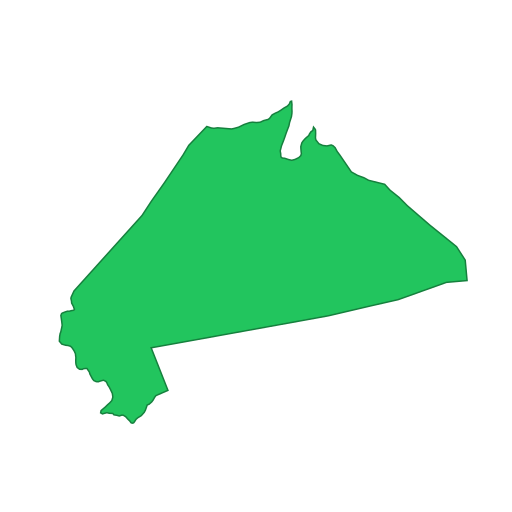 Santa María Lachixío, Oaxaca, Mexico, rotated 352°
{"feature_id": "50627088B6141601826663", "entity_name": "Santa María Lachixío", "entity_type": "district", "adm_level": 2, "iso_a3": "MEX", "parent_name": "Mexico", "parent_adm1": "Oaxaca", "projection": "natural_earth1", "projection_center": [-97.056, 16.737], "detail": "fine", "context": "isolated", "style": "filled", "palette": "green", "viewbox_px": 512, "rotation_deg": 352, "n_neighbors": 0, "source": "geoboundaries", "source_scale": "gbopen_adm2", "svg_char_len": 2575}
<svg xmlns="http://www.w3.org/2000/svg" viewBox="0 0 512 512"><g transform="rotate(352 256 256)"><path d="M333.9,153.6L331.5,149.5L331.3,147.5L332.1,143.0L332.5,139.5L332.1,138.4L330.9,136.4L329.7,139.6L327.7,140.6L325.9,142.6L325.0,144.1L322.4,145.7L320.7,146.9L318.5,148.8L317.1,150.4L315.6,153.9L315.4,155.9L315.2,159.0L315.2,160.9L314.3,162.9L312.1,164.5L308.1,165.8L304.7,166.2L301.4,164.9L298.0,163.2L295.7,162.7L294.4,161.2L294.7,158.1L294.6,155.3L296.6,150.4L299.2,145.8L301.0,142.4L302.8,138.8L304.8,135.1L306.7,131.7L307.8,128.5L309.3,125.4L310.5,122.9L311.4,119.8L311.8,117.6L312.0,115.3L312.4,112.7L312.7,111.1L312.8,107.6L311.5,107.8L310.2,110.1L308.0,111.9L304.2,113.4L301.1,115.0L298.0,116.4L295.1,117.2L291.6,118.5L288.8,121.4L287.2,122.4L282.3,123.0L278.8,124.1L275.0,123.9L271.2,123.0L268.3,123.0L262.5,124.1L256.7,126.0L252.2,126.6L249.5,126.8L239.8,124.6L235.8,123.7L232.1,123.7L229.6,123.0L225.3,120.9L204.9,137.0L198.4,145.1L198.2,145.4L175.6,170.6L160.1,187.1L148.8,200.0L70.9,265.3L67.2,271.1L66.8,272.3L67.0,274.9L66.9,277.0L68.2,280.6L68.4,282.0L68.8,283.5L68.4,284.0L67.5,284.4L65.7,284.4L63.4,284.7L61.6,284.4L58.9,284.9L56.1,285.6L55.3,286.2L54.5,287.8L54.5,290.6L54.5,294.2L54.4,297.7L53.6,300.0L52.2,303.8L51.1,305.9L51.0,306.4L50.7,307.2L50.4,308.2L49.4,313.0L51.4,316.2L55.1,317.9L57.5,318.5L58.9,319.2L59.7,319.5L61.0,321.1L62.7,324.6L63.6,327.7L63.5,329.2L63.5,331.6L63.0,334.1L62.7,336.7L62.7,338.6L63.4,341.5L65.5,343.6L68.1,344.1L69.5,343.6L70.2,343.6L72.0,343.7L73.0,343.9L73.7,345.5L74.8,347.6L75.1,349.8L76.5,353.7L77.0,355.0L78.1,356.8L80.3,358.2L82.3,358.6L84.2,358.2L86.4,357.9L87.8,357.8L90.0,359.4L90.7,360.9L91.2,362.9L92.3,365.1L93.3,367.9L94.6,372.1L94.6,375.8L93.1,379.1L90.7,381.1L88.4,382.6L85.7,384.6L83.3,386.1L81.1,387.5L80.3,389.7L82.0,391.0L84.0,390.7L86.5,390.4L88.8,391.3L92.3,392.0L93.2,393.5L95.8,394.3L98.4,395.4L101.0,394.9L102.4,395.2L104.6,397.0L106.4,399.7L108.1,401.9L108.6,402.9L109.2,403.9L110.7,404.4L111.7,404.1L112.8,403.0L114.4,401.1L116.3,399.8L118.6,398.8L120.2,398.1L123.5,395.3L125.0,393.3L126.6,390.2L127.5,388.4L129.5,387.9L132.4,386.0L134.1,384.3L135.9,381.9L137.5,380.3L150.1,376.8L139.4,332.3L163.3,331.4L291.3,326.4L318.8,325.3L320.3,325.2L362.1,321.4L390.7,319.0L440.9,308.6L461.6,309.7L462.6,289.2L455.9,274.7L447.7,265.9L432.4,249.6L412.7,227.1L406.0,218.1L397.9,209.5L393.4,202.9L378.0,196.7L374.2,193.8L367.6,190.2L362.1,186.0L353.1,167.8L350.9,163.8L349.4,159.7L347.6,157.5L345.9,156.5L341.6,156.9L337.5,155.8L333.9,153.6Z" fill="#22c55e" stroke="#15803d" stroke-width="1.5"/></g></svg>